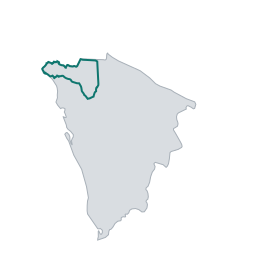 Nicaragua, with Rio San Juan highlighted, rotated 157°
{"feature_id": "NIC-4800", "entity_name": "Rio San Juan", "entity_type": "Department", "adm_level": 1, "iso_a3": "NIC", "parent_name": "Nicaragua", "parent_adm1": "", "projection": "equal_earth", "projection_center": [-84.287, 11.292], "detail": "fine", "context": "in_parent", "style": "outline", "palette": "teal", "viewbox_px": 256, "rotation_deg": 157, "n_neighbors": 0, "source": "natural_earth", "source_scale": "10m", "svg_char_len": 4724}
<svg xmlns="http://www.w3.org/2000/svg" viewBox="0 0 256 256"><g transform="rotate(157 128 128)"><path d="M199.7,36.7L198.8,38.3L197.9,39.3L195.8,44.4L195.1,44.8L195.0,41.1L193.8,40.6L192.4,41.9L191.6,43.9L192.8,46.4L193.9,46.4L195.2,47.1L198.8,64.6L198.0,67.7L195.9,72.5L193.8,76.6L191.7,79.2L189.1,90.2L186.8,108.1L188.5,124.2L187.7,139.1L188.4,142.6L188.6,147.0L186.9,147.8L185.9,147.7L184.9,145.0L185.0,142.6L186.1,139.8L186.5,136.1L186.0,134.1L185.0,138.4L183.2,140.3L182.0,141.0L180.9,143.2L182.1,147.2L183.7,150.2L184.2,152.4L183.6,154.9L183.3,163.6L182.7,163.4L182.1,162.2L180.5,162.1L180.3,165.7L180.4,167.6L179.0,169.1L178.5,170.6L179.7,171.7L180.9,172.3L182.5,172.2L183.8,176.5L184.2,180.0L181.2,183.3L180.2,186.0L178.5,189.2L177.6,192.4L177.3,194.7L178.5,202.0L180.5,207.2L182.2,210.5L184.5,211.2L184.0,214.6L182.3,216.8L179.1,218.6L175.7,219.0L170.0,217.3L167.7,217.1L166.8,216.1L166.5,214.4L164.9,211.9L162.0,208.5L160.3,208.7L157.5,208.0L152.8,205.7L150.7,205.4L147.6,207.4L144.1,210.0L135.5,205.9L129.4,203.0L124.0,200.5L122.5,199.5L121.3,199.7L120.3,201.0L119.1,203.4L118.7,204.1L118.1,204.8L117.4,204.9L117.4,203.8L114.7,199.1L110.5,193.4L94.4,175.9L88.4,165.5L85.3,158.0L82.2,154.1L73.5,146.1L71.5,142.9L62.9,132.2L56.4,126.0L56.3,123.3L59.0,120.0L60.3,120.1L61.8,122.5L64.1,125.2L65.2,125.2L66.8,124.0L66.9,122.7L75.7,122.2L77.3,121.5L78.9,119.5L79.8,116.8L79.9,114.2L80.3,112.3L81.7,110.4L84.3,109.9L86.3,109.7L86.9,108.4L86.3,104.4L85.2,94.7L85.0,91.9L85.4,89.9L86.2,89.2L90.1,88.7L97.5,89.5L99.0,88.9L102.0,83.4L104.7,79.3L106.7,77.5L108.3,76.9L110.0,80.5L116.3,85.7L117.4,85.4L118.0,85.1L118.2,84.4L118.1,82.0L119.6,79.8L122.9,77.9L126.1,74.4L129.4,69.5L132.3,66.6L134.7,65.8L135.6,64.4L135.0,62.6L135.2,60.0L136.2,56.7L137.6,54.7L139.4,54.2L140.2,53.1L139.8,51.6L140.1,49.8L141.8,47.0L145.7,44.5L148.0,45.3L149.9,48.6L152.5,50.9L156.0,52.0L158.6,51.6L160.5,49.6L162.3,48.9L163.8,49.7L164.6,49.3L164.7,47.6L165.4,47.2L166.9,48.1L168.2,48.3L169.4,47.9L169.8,47.0L170.1,46.2L170.9,45.5L173.9,46.2L177.2,45.2L180.9,42.5L183.4,41.4L184.6,41.7L186.0,40.4L187.7,37.4L191.6,36.1L199.7,36.7Z" fill="#d9dde1" stroke="#a8b0b8" stroke-width="1"/><path d="M167.0,217.0L166.8,216.7L166.1,216.0L166.0,215.8L165.9,215.6L165.8,215.4L166.0,215.0L166.1,214.9L166.6,214.6L166.4,213.6L165.9,213.0L165.3,212.6L165.0,212.1L164.7,211.8L163.2,211.1L162.8,210.7L162.7,210.4L162.3,209.6L162.2,209.3L162.1,208.8L162.1,208.4L162.0,208.0L161.7,207.8L161.5,208.1L159.8,209.5L159.4,209.7L159.1,209.7L158.8,209.5L158.5,209.3L158.2,209.0L157.5,207.8L157.3,207.6L157.2,207.5L157.0,207.4L156.8,207.4L155.3,206.4L154.5,206.1L153.8,206.2L153.3,206.1L152.1,204.9L151.5,204.6L150.5,204.9L148.1,207.0L144.8,209.9L143.0,208.5L140.3,207.2L136.0,205.1L134.4,204.3L131.6,202.9L130.3,201.3L137.9,180.5L138.5,179.2L138.7,178.9L139.2,178.6L139.9,178.0L140.2,177.8L140.4,177.6L140.5,177.7L140.6,177.8L140.8,177.7L141.3,177.4L141.5,177.3L141.6,177.2L141.8,176.9L141.9,176.7L142.1,176.4L142.2,176.2L142.4,175.9L142.5,175.6L142.6,175.3L143.0,174.3L144.4,173.9L145.2,173.2L147.3,170.7L147.4,170.4L147.6,170.4L150.1,170.4L150.7,170.2L150.9,170.2L151.1,170.3L151.3,170.3L151.8,170.3L152.0,170.3L152.5,170.5L153.7,170.6L154.4,173.5L154.8,174.7L155.1,175.0L155.3,175.3L155.4,175.5L155.3,176.1L155.4,177.2L155.7,178.3L156.0,179.6L156.0,180.0L156.0,180.4L155.7,181.4L155.2,183.5L155.1,184.3L155.1,184.9L155.3,186.5L155.5,188.2L157.6,189.2L158.5,190.0L161.0,192.1L161.5,192.7L161.7,193.3L161.7,193.8L161.8,194.4L162.0,195.0L162.3,195.4L162.6,195.7L164.1,196.7L165.4,197.9L166.3,199.1L166.6,199.6L167.2,201.0L167.4,201.3L167.5,201.4L167.8,201.5L168.0,201.7L168.3,201.8L168.6,201.9L169.1,201.9L169.3,201.9L169.5,201.9L170.1,202.2L170.5,202.4L171.5,202.2L171.8,202.3L171.8,202.6L171.8,202.8L172.2,203.4L172.5,203.7L172.7,203.8L172.8,203.9L173.1,203.7L173.3,203.6L173.5,203.5L173.5,203.4L173.8,203.2L174.0,203.2L174.5,203.4L174.8,203.4L175.0,203.3L175.0,203.2L175.4,203.1L175.7,203.0L175.8,202.9L176.3,202.7L176.4,202.8L176.4,203.7L176.4,203.8L176.4,204.1L176.5,204.2L176.5,204.3L176.7,204.5L176.8,204.8L176.8,205.1L176.8,205.3L177.0,205.7L177.3,205.7L177.6,205.6L178.0,205.6L179.2,205.9L179.5,206.0L179.7,206.3L180.2,207.3L180.7,208.3L181.5,209.5L182.1,210.0L182.3,210.9L182.9,210.8L182.8,210.3L183.0,210.4L183.3,211.2L183.4,211.5L183.3,212.0L183.6,212.3L183.6,213.2L183.9,214.7L183.9,215.9L182.7,216.7L180.6,217.3L178.3,218.5L177.7,219.5L176.7,219.3L176.0,219.8L175.7,219.9L175.4,219.9L175.2,219.7L173.3,217.7L173.1,217.0L172.8,216.7L172.4,216.8L172.0,217.3L171.4,217.1L170.6,217.8L170.3,217.3L170.0,217.3L169.7,217.6L169.3,217.4L168.7,216.7L168.3,216.8L168.1,216.7L167.8,216.7L167.3,216.6L167.0,217.0Z" fill="none" stroke="#0f766e" stroke-width="2"/></g></svg>